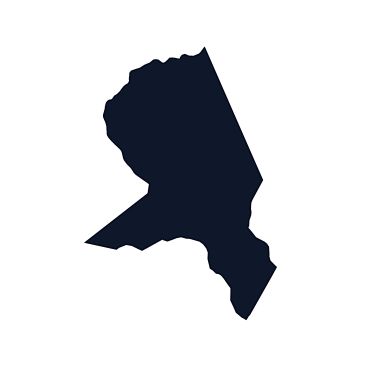 Tete Morne/Morne Andrew, Vieux Fort, Saint Lucia, rotated 225°
{"feature_id": "8701671B63558668022840", "entity_name": "Tete Morne/Morne Andrew", "entity_type": "district", "adm_level": 2, "iso_a3": "LCA", "parent_name": "Saint Lucia", "parent_adm1": "Vieux Fort", "projection": "orthographic", "projection_center": [-60.952, 13.772], "detail": "fine", "context": "isolated", "style": "filled", "palette": "ink", "viewbox_px": 384, "rotation_deg": 225, "n_neighbors": 0, "source": "geoboundaries", "source_scale": "gbopen_adm2", "svg_char_len": 2324}
<svg xmlns="http://www.w3.org/2000/svg" viewBox="0 0 384 384"><g transform="rotate(225 192 192)"><path d="M79.4,198.3L79.7,198.2L88.2,198.3L91.6,200.2L91.8,200.3L94.3,202.8L99.2,207.1L102.3,207.8L105.4,207.5L113.4,205.0L114.6,204.6L120.2,205.3L121.8,205.5L127.4,205.9L128.2,208.0L129.1,209.0L131.9,212.1L132.6,213.5L134.1,216.6L135.9,219.0L138.3,220.9L139.0,221.4L140.1,222.6L143.0,225.9L144.4,229.0L150.7,250.2L202.7,270.5L285.1,302.8L285.1,302.5L284.2,296.7L284.3,294.5L286.6,289.0L290.3,285.6L293.3,284.5L294.4,283.8L295.4,281.6L295.2,279.7L294.4,277.6L294.7,276.9L295.9,275.9L298.2,274.5L300.8,272.4L302.2,270.7L302.1,268.5L302.2,264.8L303.0,262.7L304.5,261.8L309.1,261.2L311.2,259.6L312.3,258.0L312.7,253.5L314.7,248.7L315.6,245.3L315.7,243.9L316.4,242.2L318.7,237.7L320.2,234.5L319.8,232.1L318.7,231.1L316.2,227.9L314.6,226.7L313.9,225.0L313.6,223.1L314.3,220.7L314.5,218.7L314.1,215.0L313.6,212.4L313.6,209.1L313.9,206.7L314.4,205.0L313.8,202.4L313.8,201.5L313.9,200.1L315.4,198.1L315.6,196.7L315.4,194.6L313.3,191.1L312.1,189.7L310.8,187.5L308.9,184.1L308.0,183.2L307.4,182.7L307.2,182.6L304.3,181.4L302.2,180.6L300.8,179.8L299.5,179.1L298.5,178.4L297.4,177.4L296.6,176.6L295.3,175.6L294.3,174.7L293.4,173.8L292.6,173.1L292.1,172.8L291.3,172.5L289.3,172.0L286.6,171.8L284.0,171.7L279.1,171.7L277.3,171.8L272.7,171.9L271.6,171.7L270.4,171.5L269.5,171.0L268.3,170.3L266.8,169.4L265.1,168.3L263.7,167.5L262.4,167.0L260.5,166.7L257.4,166.3L255.3,166.3L253.8,166.3L252.4,166.3L250.6,166.0L249.2,165.7L247.9,165.4L246.6,165.1L245.3,165.0L244.3,165.1L243.7,165.1L227.7,167.9L221.8,159.9L231.6,81.2L205.2,98.2L205.0,99.4L204.9,100.9L201.6,108.6L199.4,110.1L196.7,112.0L189.9,114.3L188.0,115.0L186.3,115.6L184.5,121.7L179.8,138.1L178.6,138.3L178.2,138.4L177.9,138.6L174.9,140.1L172.8,144.5L170.7,149.2L168.1,152.9L163.5,155.5L160.9,157.9L157.2,159.9L151.8,162.9L147.2,163.6L142.0,162.9L141.4,162.7L137.5,160.9L133.2,156.2L125.1,151.2L122.4,151.8L122.1,151.9L117.6,151.9L115.3,153.5L114.7,153.7L112.4,154.2L108.5,153.9L101.0,152.5L97.3,152.0L96.4,151.8L93.8,149.2L88.0,143.1L85.5,142.2L80.8,140.5L77.8,139.3L75.6,138.4L68.1,139.1L66.2,139.7L63.8,140.3L64.0,141.3L64.2,142.0L64.3,142.5L64.5,143.0L64.7,144.3L64.7,144.6L64.8,145.4L64.7,145.9L76.7,189.1L79.4,198.3Z" fill="#0f172a" stroke="#020617" stroke-width="1.5"/></g></svg>